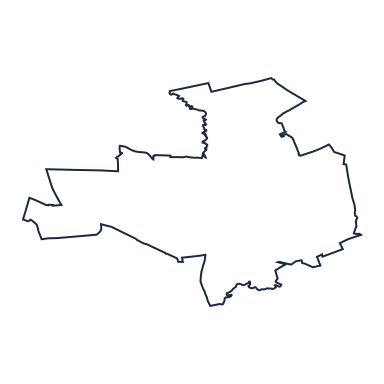 outline of Krāslava, Kraslavas, Latvia
{"feature_id": "27541924B97112001727549", "entity_name": "Krāslava", "entity_type": "district", "adm_level": 2, "iso_a3": "LVA", "parent_name": "Latvia", "parent_adm1": "Kraslavas", "projection": "natural_earth1", "projection_center": [27.168, 55.899], "detail": "fine", "context": "isolated", "style": "outline", "palette": "slate", "viewbox_px": 384, "rotation_deg": 0, "n_neighbors": 0, "source": "geoboundaries", "source_scale": "gbopen_adm2", "svg_char_len": 5938}
<svg xmlns="http://www.w3.org/2000/svg" viewBox="0 0 384 384"><path d="M210.2,305.9L218.8,304.2L219.0,304.1L219.6,304.0L222.0,304.5L223.1,304.0L223.4,303.5L223.4,302.8L224.3,301.4L224.6,300.0L224.6,298.7L224.7,298.3L225.0,298.0L225.4,297.6L225.8,297.4L226.3,297.4L227.4,297.4L230.1,296.7L230.9,296.1L231.5,295.4L231.6,295.0L231.3,294.8L231.0,294.8L228.4,295.4L227.6,295.4L226.7,294.7L226.6,294.1L226.8,293.6L227.3,292.9L228.3,292.7L230.2,291.8L230.6,291.5L231.1,291.0L232.0,290.4L232.6,289.4L233.8,288.3L235.0,287.4L235.7,287.0L236.1,286.5L236.1,285.5L236.4,285.0L236.8,284.6L237.4,284.1L238.1,283.9L239.8,283.9L241.3,284.3L242.3,285.0L242.6,285.1L243.2,285.2L243.9,285.1L244.6,284.9L246.4,283.8L247.9,283.3L248.4,282.9L249.1,281.7L249.5,281.5L249.8,281.6L250.0,282.0L250.1,284.4L249.6,285.2L248.6,285.9L248.4,286.2L249.0,287.1L250.1,287.8L251.0,288.1L252.1,288.2L253.1,288.1L254.5,287.3L255.3,287.2L255.8,287.4L256.5,288.4L257.4,289.3L258.0,289.8L258.6,290.1L259.2,290.2L260.0,290.1L261.8,289.3L262.2,289.2L262.4,289.2L263.6,289.4L264.1,289.4L264.8,289.2L267.1,288.3L268.7,288.6L269.8,288.4L271.1,288.6L272.2,288.9L273.0,288.9L274.0,288.6L275.0,287.8L275.7,287.3L275.8,286.7L275.8,286.2L275.5,285.8L275.0,285.5L275.2,285.1L276.2,285.2L276.5,285.3L277.3,285.9L279.2,286.7L279.7,286.7L280.4,286.2L280.7,285.9L281.0,285.2L281.2,284.6L277.2,282.8L275.7,281.9L275.8,280.9L277.6,278.7L275.3,270.4L282.4,266.1L285.7,264.3L277.9,262.2L279.1,261.8L291.1,264.6L295.8,261.3L301.6,260.3L302.2,263.0L304.9,263.7L312.9,267.3L320.4,265.5L317.0,256.8L322.1,254.4L322.5,256.7L342.8,249.1L339.8,243.1L348.3,239.1L355.7,236.6L361.0,234.9L359.7,233.9L355.6,233.9L353.8,233.3L355.5,228.4L356.4,226.5L355.8,220.8L357.2,217.9L356.7,216.5L355.3,215.9L355.0,214.6L354.7,212.3L355.2,210.9L354.6,205.3L352.3,197.6L349.5,183.9L348.1,176.7L346.2,164.5L345.9,164.4L343.6,164.2L344.7,155.5L334.2,152.0L331.9,148.2L330.2,145.9L328.7,144.5L325.3,146.3L319.5,149.0L313.8,151.3L301.0,155.6L299.1,155.4L298.9,155.0L299.5,154.9L298.5,152.6L297.1,148.9L294.1,141.7L292.4,137.8L286.2,134.0L282.8,135.4L283.4,136.3L281.5,136.8L280.3,134.8L279.9,134.3L285.6,131.8L284.8,131.3L281.7,123.3L279.2,123.0L278.8,123.1L278.3,122.9L277.7,122.3L276.9,121.1L276.6,120.2L276.6,119.6L277.1,118.5L277.9,117.6L278.6,117.0L281.2,115.3L282.3,114.1L283.2,113.4L284.7,112.7L286.6,111.5L288.8,110.5L298.9,104.7L303.0,102.1L305.5,101.0L302.7,99.3L288.5,91.0L288.2,90.8L279.5,84.9L277.3,83.6L275.0,81.0L274.9,80.6L274.2,79.5L272.7,79.5L271.1,78.1L261.0,80.9L249.9,83.4L244.8,84.0L212.3,91.6L211.4,91.7L208.4,83.1L170.0,91.1L170.1,91.3L170.0,91.8L169.5,92.5L169.4,92.8L170.1,94.0L170.4,94.4L170.9,94.7L171.2,94.7L171.8,94.4L172.7,93.7L173.2,93.6L173.6,93.8L173.9,94.1L174.2,94.3L175.3,94.4L176.7,94.9L179.0,96.0L177.3,98.1L177.3,98.3L177.8,98.5L179.8,98.8L180.3,98.8L181.8,98.3L182.3,98.3L182.8,98.4L183.2,98.7L183.4,98.9L183.3,99.2L182.8,99.7L182.6,100.1L182.6,100.4L183.1,101.2L183.4,101.3L185.8,101.7L186.4,102.0L186.7,102.4L186.7,102.9L186.5,103.7L185.9,104.7L185.8,105.1L186.1,105.5L186.5,105.7L188.0,105.1L188.5,105.0L188.9,105.1L189.0,105.3L188.8,106.2L188.9,106.3L189.2,106.7L189.7,106.9L190.0,106.9L190.8,106.3L191.3,106.1L191.6,106.1L192.1,106.3L192.3,106.6L192.4,107.4L192.3,107.7L192.1,108.1L191.8,108.2L190.1,108.5L189.9,108.6L190.1,109.0L190.4,109.1L190.8,109.1L192.1,108.7L193.0,108.7L196.8,109.5L197.7,109.7L198.0,109.9L198.5,110.2L199.1,110.4L201.6,110.6L203.0,110.8L203.8,111.0L204.5,111.4L205.0,111.8L205.5,112.4L205.9,113.2L206.0,113.6L205.7,114.7L205.4,115.6L205.0,116.0L204.4,116.3L203.2,116.6L202.7,116.8L202.6,117.0L203.2,118.4L203.3,118.6L205.9,119.5L205.7,119.9L203.9,120.6L203.7,120.9L206.1,124.5L205.9,124.8L205.5,124.9L204.2,124.8L203.2,124.8L203.0,125.2L203.3,126.4L204.1,127.9L204.0,128.4L204.4,129.3L206.3,130.1L206.2,130.8L205.4,131.4L204.5,131.5L202.4,132.9L202.5,133.3L204.1,133.4L205.4,133.9L205.8,134.8L204.9,135.1L205.1,135.4L205.9,135.7L205.9,136.6L206.6,137.0L207.1,137.8L207.1,138.3L206.2,139.5L205.1,140.3L203.0,141.4L202.6,141.6L202.5,142.1L203.0,142.5L202.9,142.7L203.0,142.8L203.8,142.8L204.4,142.9L205.3,143.3L205.5,143.5L205.6,143.9L206.1,144.2L207.0,144.5L207.2,144.8L207.3,145.8L206.7,146.2L206.5,147.5L206.1,147.8L205.3,148.0L204.9,148.3L205.0,148.6L205.2,148.9L206.4,149.5L206.4,150.0L206.2,150.2L205.9,150.5L205.2,150.7L205.0,150.9L204.5,151.5L204.2,151.8L203.7,152.1L203.4,152.8L203.0,153.1L202.8,153.4L202.8,153.7L202.8,153.9L203.1,154.1L203.9,154.2L204.1,154.3L204.3,154.5L204.4,155.0L205.2,156.9L205.4,157.2L205.8,157.4L205.8,157.5L204.5,156.6L202.6,155.5L201.8,158.1L196.8,157.6L195.1,157.8L192.1,157.5L191.3,157.5L186.1,156.6L183.3,157.2L170.3,157.1L170.4,155.6L155.1,155.1L155.1,155.6L153.4,156.0L153.4,159.5L153.1,159.4L152.7,159.1L149.7,155.5L148.4,154.2L147.8,153.7L146.8,153.0L145.7,152.7L144.0,152.4L139.6,152.1L138.1,151.9L134.5,151.2L131.5,150.1L130.2,149.4L128.4,148.3L125.5,146.8L124.1,146.5L120.0,145.8L119.5,146.8L120.0,152.5L120.9,152.6L122.1,153.1L122.1,153.3L116.1,157.9L117.7,159.0L118.0,164.7L118.1,171.3L100.6,170.4L74.3,169.9L46.3,169.2L51.5,185.7L52.4,188.2L53.0,189.7L55.4,194.2L58.5,199.9L58.4,199.9L61.4,205.0L52.8,205.7L53.0,205.0L48.5,204.7L48.3,205.3L46.7,205.1L45.6,204.8L43.9,204.1L42.3,203.2L40.6,202.5L35.2,200.0L29.4,197.8L25.8,210.3L23.0,219.5L28.3,221.3L30.6,219.7L31.5,220.2L36.7,224.5L37.6,227.3L38.7,232.0L39.6,234.0L41.6,239.2L48.4,238.3L57.1,238.1L92.2,235.1L96.7,234.6L99.4,232.4L100.7,230.7L101.3,228.8L101.0,224.2L111.9,227.0L114.4,228.3L135.9,238.8L137.2,240.1L143.4,243.3L144.4,243.7L146.0,244.0L147.1,244.4L165.0,252.8L165.4,253.6L166.9,253.7L173.6,256.8L177.2,258.4L178.2,261.8L182.8,261.9L182.0,257.7L198.5,255.9L205.4,254.8L204.8,259.9L204.0,263.1L203.1,265.5L202.6,267.5L202.0,269.8L201.5,271.5L200.8,276.1L200.7,278.7L200.5,281.5L202.8,287.9L204.7,291.8L205.5,294.5L206.6,296.8L207.2,298.2L207.3,299.5L207.9,301.3L208.9,303.1L210.2,305.9Z" fill="none" stroke="#1e293b" stroke-width="2"/></svg>